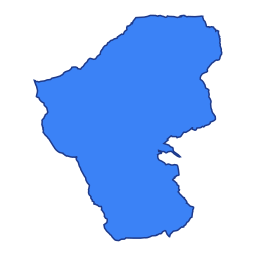 Stroesti, Vâlcea, Romania
{"feature_id": "2599482B70432473939661", "entity_name": "Stroesti", "entity_type": "district", "adm_level": 2, "iso_a3": "ROU", "parent_name": "Romania", "parent_adm1": "Vâlcea", "projection": "equal_earth", "projection_center": [23.929, 45.07], "detail": "fine", "context": "isolated", "style": "filled", "palette": "blue", "viewbox_px": 256, "rotation_deg": 0, "n_neighbors": 0, "source": "geoboundaries", "source_scale": "gbopen_adm2", "svg_char_len": 5785}
<svg xmlns="http://www.w3.org/2000/svg" viewBox="0 0 256 256"><path d="M115.2,240.0L116.2,240.3L118.8,240.6L121.4,239.2L124.3,239.1L125.4,238.5L125.9,237.9L133.1,238.1L140.6,238.1L144.7,237.7L145.7,237.8L147.6,237.6L150.2,236.7L151.9,235.8L155.7,235.6L156.8,234.9L156.9,235.2L157.1,235.1L159.5,233.7L160.8,233.8L161.6,233.3L162.6,231.8L164.9,230.6L165.6,230.8L167.2,234.4L169.2,236.6L169.6,236.7L170.1,235.0L170.2,234.4L173.3,231.2L177.0,230.5L178.2,229.9L181.6,227.0L182.4,227.2L183.0,226.9L183.6,227.0L183.8,226.9L184.0,225.7L185.6,224.8L186.9,222.3L187.9,221.8L189.0,220.6L189.2,219.9L189.6,219.6L189.8,218.9L190.7,217.7L191.9,217.2L192.4,212.9L192.8,211.4L192.8,209.5L193.4,208.9L193.6,207.3L192.9,206.8L190.3,206.2L187.3,203.3L186.5,203.1L186.9,202.3L186.4,201.1L185.5,200.0L185.2,199.3L184.3,198.8L184.0,198.4L184.3,197.7L182.9,197.1L181.2,195.2L179.9,194.1L178.8,192.5L178.4,192.3L178.2,191.5L179.2,190.5L179.5,189.8L178.6,188.8L178.8,186.0L178.1,185.3L177.3,185.0L176.6,183.0L175.8,182.5L174.8,181.4L172.8,180.0L172.7,179.5L174.8,177.9L174.3,177.4L174.5,177.1L175.5,176.8L176.1,176.3L176.5,175.6L178.1,175.4L179.0,174.9L178.4,169.7L177.7,166.1L176.9,165.0L174.3,164.6L173.1,165.0L171.1,165.0L169.8,164.4L168.3,164.0L165.9,164.7L164.5,162.9L161.4,161.0L159.4,160.2L158.6,159.4L158.0,158.2L157.7,156.8L157.8,155.2L157.6,154.7L160.5,153.0L160.9,153.5L161.4,153.2L161.3,152.3L160.8,151.8L160.2,151.5L158.7,151.5L158.6,150.4L162.5,151.7L163.0,151.5L164.1,151.6L165.8,152.8L166.5,152.8L168.3,151.7L171.1,151.3L172.7,152.4L174.0,153.7L177.4,156.1L179.4,157.0L180.3,156.8L178.3,154.8L174.2,151.9L173.6,151.2L173.2,150.4L173.0,148.2L172.6,147.5L171.7,147.4L170.7,146.7L170.4,146.7L168.9,145.1L163.9,143.5L168.1,140.0L167.3,139.1L170.9,136.0L171.6,135.9L172.1,136.6L176.4,136.6L177.1,137.7L178.0,137.2L180.1,136.9L180.9,136.3L183.6,132.3L185.9,132.3L189.5,130.2L192.1,127.8L192.4,127.8L192.2,129.1L194.9,130.2L195.6,130.1L196.2,129.7L197.0,128.0L200.0,127.8L201.2,127.4L202.1,126.6L202.8,126.4L203.7,126.9L204.3,126.5L204.9,125.7L208.7,124.6L210.1,123.4L210.4,122.1L213.7,120.8L215.1,119.7L215.4,119.3L215.4,118.4L215.2,116.2L214.3,115.4L214.1,114.6L213.2,113.6L212.5,112.5L211.9,111.1L211.8,110.0L211.3,108.9L210.9,107.4L210.6,103.8L211.0,102.1L211.0,101.1L210.1,98.8L208.8,96.9L209.2,94.3L208.5,91.5L208.9,90.1L208.0,89.2L206.0,88.2L205.6,87.8L204.9,84.8L204.0,83.4L203.6,82.4L202.1,80.6L200.3,79.4L200.3,77.6L200.8,76.0L202.3,73.9L204.9,72.6L206.5,72.1L207.4,71.4L207.5,70.9L207.2,69.6L208.2,67.5L209.2,66.6L210.0,65.3L210.8,64.6L211.7,63.3L213.6,62.0L214.5,61.1L216.1,60.2L216.8,60.0L217.7,60.2L219.3,59.6L220.0,57.9L219.9,57.4L220.4,56.4L220.6,55.3L221.5,54.5L221.7,52.9L221.7,52.3L221.2,51.0L221.3,49.2L220.1,45.7L220.3,44.1L219.7,43.0L220.1,41.0L219.7,39.6L220.1,39.0L219.4,37.7L219.4,37.3L219.7,36.4L219.1,36.0L219.0,35.0L218.8,34.8L218.5,33.8L218.4,32.0L218.6,31.2L217.0,30.4L216.4,30.6L215.8,31.1L215.5,29.3L214.4,28.8L213.5,27.1L211.3,26.7L209.4,27.4L209.3,26.9L208.9,26.7L207.3,26.8L206.7,26.6L206.4,26.3L206.1,24.7L205.0,21.5L203.7,20.2L202.7,17.2L202.8,16.3L201.3,16.1L200.2,16.3L195.0,16.7L188.5,16.5L187.5,16.6L187.0,16.8L184.6,15.8L184.6,15.5L183.4,15.4L182.4,15.7L182.0,15.5L181.8,15.6L181.7,15.9L181.1,15.9L181.4,16.2L181.3,16.7L180.2,16.9L180.6,16.4L180.1,16.3L179.7,16.8L177.3,17.5L174.0,16.6L169.0,16.4L167.4,16.0L167.2,16.5L166.6,17.1L165.2,17.3L163.7,16.5L162.6,16.3L160.2,15.5L158.3,15.8L157.9,16.3L155.7,15.5L151.9,15.4L150.3,15.4L147.6,16.4L144.3,17.1L135.9,17.6L133.1,21.2L132.2,23.7L131.6,23.7L131.7,22.9L131.4,22.9L130.9,24.3L130.4,24.9L128.2,26.2L127.3,26.1L126.7,27.4L126.8,27.9L126.7,28.6L126.9,29.2L126.9,29.7L124.8,31.3L124.2,32.2L123.4,34.1L122.2,34.4L121.7,34.1L118.9,35.9L118.1,36.7L117.5,36.8L117.1,38.2L114.2,38.9L112.3,40.2L111.2,40.3L109.8,41.4L109.1,42.2L107.8,42.8L107.3,43.8L107.3,44.2L106.7,45.0L106.4,45.3L105.2,45.6L104.5,46.1L103.2,47.6L102.4,49.3L101.9,49.6L101.5,50.5L100.8,51.2L100.2,53.6L100.3,54.1L97.3,56.3L95.8,58.6L95.2,59.0L93.6,59.3L90.5,58.4L89.6,58.5L88.2,59.7L87.2,61.7L85.0,63.7L83.3,66.3L81.6,67.6L80.6,69.2L77.6,68.6L77.4,67.7L75.7,67.0L73.6,67.0L71.8,67.3L71.5,68.4L69.4,70.4L65.3,71.8L63.7,73.0L62.7,74.6L61.3,75.2L60.5,75.9L56.0,77.3L51.9,78.2L50.5,79.5L47.1,79.9L44.5,80.9L40.5,81.4L38.8,82.0L37.6,81.5L35.9,81.6L35.3,80.7L34.3,80.4L35.8,84.8L36.5,86.2L37.5,90.3L37.4,92.2L36.6,95.4L36.4,96.6L37.6,97.4L38.4,97.4L39.3,98.4L39.4,99.3L39.9,100.0L41.1,101.3L42.4,102.3L43.8,102.9L44.1,103.8L44.1,104.8L44.3,105.4L46.7,107.7L47.8,112.2L47.5,112.5L47.0,113.7L45.4,114.6L44.9,116.0L44.2,117.2L43.9,118.2L42.4,119.6L42.0,120.5L42.0,120.8L42.2,121.3L41.9,124.9L42.4,125.4L42.4,126.3L42.6,126.6L42.6,127.0L43.1,127.6L42.9,127.9L43.1,128.6L42.5,129.1L42.9,129.0L43.0,129.5L43.4,129.9L43.2,132.5L43.7,132.8L45.0,134.8L47.6,137.3L48.0,138.1L48.9,138.9L53.8,146.8L54.4,147.5L54.7,148.2L56.1,149.9L57.7,151.3L59.4,152.4L63.1,153.3L63.2,153.8L64.8,154.8L65.1,155.3L66.8,156.1L67.2,155.9L70.7,156.9L73.0,157.2L74.0,157.0L75.1,157.3L76.1,156.8L76.6,156.8L76.7,157.5L76.2,158.6L76.4,159.7L78.3,162.4L79.3,166.1L80.5,168.2L80.9,169.7L81.8,171.4L84.5,176.3L85.6,177.7L86.0,180.2L87.3,182.7L89.4,185.2L89.3,186.3L89.0,187.4L89.0,188.1L88.5,189.6L88.8,191.2L88.5,191.9L88.6,193.1L89.1,194.6L90.8,196.4L91.0,196.9L90.8,197.9L91.2,198.8L92.2,199.8L92.2,201.0L93.7,201.8L94.0,202.1L93.9,204.0L94.5,204.2L95.4,204.1L96.2,204.8L97.5,205.1L98.8,206.3L99.8,206.5L101.3,206.5L101.6,207.5L101.5,208.0L101.7,208.5L101.4,209.8L101.9,210.1L104.1,213.4L104.5,215.1L104.3,216.3L105.6,218.3L106.7,218.6L107.2,219.3L107.2,220.9L106.9,222.3L106.6,222.8L103.9,224.8L104.0,225.3L104.3,225.9L104.2,226.4L104.6,228.1L106.6,231.0L109.2,233.5L110.3,234.8L111.2,235.3L112.2,237.0L114.4,239.4L115.2,240.0Z" fill="#3b82f6" stroke="#1e3a8a" stroke-width="1.5"/></svg>